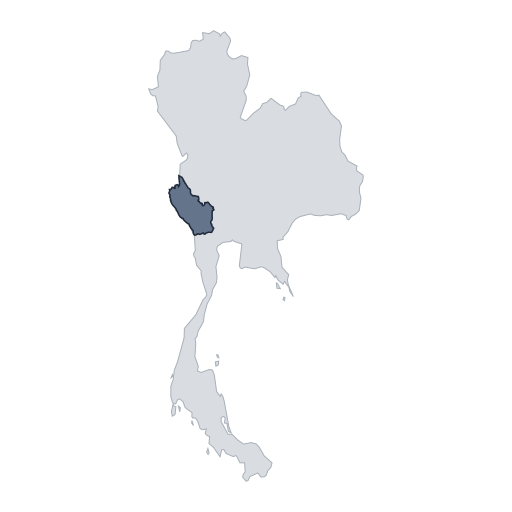 Kanchanaburi highlighted on a map of Thailand
{"feature_id": "THA-399", "entity_name": "Kanchanaburi", "entity_type": "Province", "adm_level": 1, "iso_a3": "THA", "parent_name": "Thailand", "parent_adm1": "", "projection": "natural_earth1", "projection_center": [99.171, 14.699], "detail": "fine", "context": "in_parent", "style": "filled", "palette": "slate", "viewbox_px": 512, "rotation_deg": 0, "n_neighbors": 0, "source": "natural_earth", "source_scale": "10m", "svg_char_len": 7855}
<svg xmlns="http://www.w3.org/2000/svg" viewBox="0 0 512 512"><path d="M219.7,34.0L220.2,36.2L222.2,33.3L224.8,31.9L230.0,38.2L230.6,41.0L226.8,51.1L227.4,54.5L229.8,57.3L232.7,59.0L235.8,58.5L241.5,55.6L247.9,57.5L247.5,64.2L249.8,74.9L246.8,85.9L243.7,91.3L246.1,96.0L246.2,100.4L240.2,117.4L241.4,118.8L245.3,120.6L246.9,120.0L253.3,113.3L260.3,108.1L262.6,103.7L267.0,102.3L271.0,98.3L280.3,105.2L282.7,105.8L283.9,107.0L284.4,109.8L285.5,110.3L289.3,106.4L295.6,103.9L298.1,98.0L301.0,96.3L300.7,93.4L301.7,92.3L306.8,92.0L314.7,95.1L317.5,95.7L318.8,95.0L331.3,113.9L339.4,121.2L341.5,126.1L339.7,138.8L339.9,146.0L341.7,151.6L345.2,155.4L347.7,160.9L357.1,166.1L356.3,167.5L356.9,171.0L362.8,174.9L363.3,176.2L362.6,181.4L360.0,185.3L359.4,188.4L359.5,192.4L361.0,198.3L359.2,210.6L355.8,214.0L351.3,216.5L348.8,219.8L347.0,219.0L346.1,215.6L341.1,213.7L331.6,215.5L326.8,214.7L320.4,215.8L314.1,215.3L310.5,213.9L300.0,216.6L295.7,219.0L292.5,222.6L287.9,231.6L283.1,237.1L283.1,239.4L277.2,240.8L277.5,248.4L281.0,256.7L282.0,267.3L288.7,274.7L287.4,279.9L288.3,284.9L293.4,296.6L289.7,291.1L288.9,287.3L284.5,281.5L283.1,284.3L278.0,280.0L275.8,275.7L275.0,277.6L269.9,271.5L264.7,268.2L261.8,266.7L254.5,268.8L245.3,267.1L241.7,268.7L240.2,267.8L239.3,265.9L241.9,244.0L233.9,241.3L232.5,239.9L230.8,241.5L222.9,242.4L217.3,246.4L216.6,249.8L219.2,255.8L215.9,266.6L217.0,276.9L216.5,282.5L212.6,289.6L211.6,295.3L207.1,304.0L204.2,315.0L203.5,321.5L198.2,331.2L196.9,336.7L195.0,338.8L195.8,343.2L194.9,356.6L198.3,366.4L197.4,370.9L201.0,372.5L209.7,369.4L212.6,370.2L214.4,375.5L216.6,391.5L220.3,396.4L221.2,393.9L222.9,396.5L224.2,401.2L228.8,426.4L231.2,432.9L228.4,431.3L226.9,423.4L224.4,423.0L225.2,418.0L223.6,416.3L221.1,417.7L221.1,421.6L228.0,434.1L232.3,434.5L237.7,440.0L243.6,444.1L251.1,442.6L256.2,443.9L259.3,447.3L264.1,455.8L272.0,462.9L270.9,467.3L267.7,470.9L266.1,475.5L263.9,476.9L261.0,477.0L257.8,473.0L249.9,476.6L248.2,480.3L246.2,481.3L242.7,477.2L243.0,474.9L245.2,471.6L244.6,462.9L239.9,462.8L236.7,456.2L235.7,455.6L233.4,456.6L226.0,453.5L223.8,449.5L221.6,449.8L220.1,456.8L213.5,447.4L209.0,443.6L209.6,436.6L206.5,435.1L205.2,433.2L206.4,429.0L202.1,429.7L200.1,428.5L197.6,421.0L195.5,418.0L192.8,418.0L191.8,416.5L192.1,412.8L185.2,407.6L183.0,401.6L179.7,398.9L177.6,399.7L175.6,404.0L174.0,403.7L172.5,402.5L170.8,396.5L170.9,386.0L173.1,379.9L174.3,370.1L177.5,361.9L184.1,337.9L184.4,328.4L195.7,314.9L203.2,299.5L205.7,297.2L206.8,294.3L202.8,281.9L201.0,273.2L201.3,271.0L196.5,265.1L195.3,258.4L194.0,256.3L193.5,254.1L195.3,250.1L194.3,235.4L189.0,225.2L179.6,215.8L171.1,201.9L170.0,197.0L169.7,190.0L176.5,185.4L179.2,185.0L180.2,164.2L186.0,160.3L187.3,158.5L187.9,155.0L186.5,153.0L182.7,156.5L182.0,155.7L177.2,143.4L176.2,136.0L157.3,110.9L158.2,106.7L155.4,95.9L152.6,95.7L150.7,93.8L148.7,88.9L152.4,89.6L158.4,86.8L157.4,76.3L159.9,70.2L160.3,60.2L164.8,54.3L165.4,51.3L167.9,50.9L171.2,53.1L174.6,53.2L188.6,50.6L190.5,47.9L191.3,42.4L192.7,40.6L195.9,40.2L199.5,41.3L203.3,39.1L202.6,32.6L209.4,33.7L213.7,30.7L219.7,34.0ZM175.9,406.8L175.0,414.6L172.3,416.2L171.4,411.7L173.0,404.3L173.7,406.0L175.9,406.8ZM218.7,361.1L218.3,364.9L215.9,366.2L215.3,361.9L218.7,361.1ZM277.3,283.3L280.3,288.7L276.9,288.2L276.3,283.0L277.3,283.3ZM208.1,454.4L206.6,452.1L207.9,448.5L209.1,452.9L208.1,454.4ZM180.4,407.7L179.7,411.9L178.4,406.1L180.4,407.7ZM218.8,357.8L217.6,357.3L216.5,354.8L218.0,354.9L218.8,357.8ZM191.9,420.5L193.5,425.5L191.7,423.1L191.9,420.5ZM284.9,297.5L284.5,300.7L283.0,299.4L283.9,297.1L284.9,297.5ZM172.7,376.5L171.1,377.7L172.4,374.7L172.7,376.5Z" fill="#d9dde1" stroke="#a8b0b8" stroke-width="1"/><path d="M178.6,186.3L179.3,185.4L179.6,184.0L179.5,182.5L178.9,177.9L179.0,176.2L178.9,175.7L179.7,176.1L180.0,176.2L180.6,176.7L180.8,176.8L181.0,176.9L181.4,177.2L181.6,177.2L181.8,177.2L182.0,177.4L183.8,180.5L183.8,180.8L183.7,180.9L183.6,181.0L184.6,181.9L184.6,182.0L184.8,182.4L184.9,182.9L184.9,183.1L185.0,183.2L185.1,183.3L185.4,183.5L185.5,183.6L185.7,183.8L186.4,185.2L187.5,186.7L187.7,187.2L187.9,187.7L188.0,187.9L188.1,188.0L188.7,188.3L189.1,188.5L190.2,189.5L190.4,190.4L190.4,190.9L190.4,191.2L190.4,191.4L190.5,191.5L190.6,191.8L190.6,192.0L190.5,192.5L190.5,193.1L190.6,193.4L190.7,193.8L190.8,193.9L192.2,195.2L192.3,195.3L192.5,195.6L192.6,195.8L192.8,195.9L193.3,195.8L194.0,195.6L194.3,195.6L194.9,195.9L195.0,195.9L195.3,195.9L195.5,195.9L195.8,196.0L196.2,196.1L196.6,196.3L196.8,196.3L197.2,196.5L198.0,196.3L198.3,196.6L198.4,196.8L198.5,197.0L198.7,197.8L198.7,198.0L198.8,198.9L198.8,199.2L198.8,199.4L198.7,199.5L198.5,199.8L198.4,199.9L198.3,200.1L198.1,200.3L198.1,200.5L198.2,200.9L198.2,201.1L198.3,201.2L198.4,201.3L198.5,201.4L198.8,201.3L199.0,201.2L199.1,201.3L200.2,202.9L200.5,203.2L200.7,203.4L200.9,203.3L201.3,203.1L201.5,203.1L201.8,203.2L202.0,203.3L202.2,203.5L202.3,203.7L202.3,204.1L202.3,204.4L202.1,204.6L202.2,204.9L202.7,205.7L202.8,205.7L203.3,205.5L203.7,205.5L203.8,205.4L204.0,205.2L204.2,204.9L204.4,204.7L204.5,204.6L204.6,204.4L204.7,204.2L204.7,203.8L204.7,203.7L204.8,203.3L204.8,203.2L204.8,202.8L204.8,202.6L205.0,202.5L205.3,202.7L205.5,202.7L205.9,202.7L206.1,202.8L206.3,202.8L206.5,202.8L206.6,202.7L206.8,202.5L207.0,202.4L207.3,202.2L207.9,202.3L208.0,202.3L208.3,202.5L209.9,204.6L210.7,205.3L210.8,205.4L211.1,206.0L212.1,206.6L212.5,206.6L212.9,206.8L213.3,207.3L213.3,207.5L213.2,207.8L212.9,208.0L212.8,208.3L212.8,208.5L213.0,208.6L213.4,209.0L213.7,209.2L213.9,209.4L213.9,209.5L213.9,209.8L213.7,210.0L212.9,210.6L212.4,210.7L212.3,210.8L212.2,210.9L212.1,216.5L212.2,217.6L212.2,218.8L212.1,219.2L212.0,219.8L211.9,220.1L211.8,220.3L210.7,221.5L210.7,221.9L210.9,223.6L211.0,223.8L211.3,223.8L211.7,224.2L211.9,224.9L211.8,225.3L211.8,225.7L211.8,225.8L211.9,226.0L212.1,226.5L212.3,226.7L212.5,226.8L212.8,226.9L212.9,227.1L213.1,227.6L213.2,227.8L213.6,228.1L213.7,228.4L213.4,228.6L213.3,228.8L212.8,230.3L212.6,230.8L212.4,230.9L212.2,231.0L211.8,232.1L211.6,232.3L211.0,232.4L210.6,232.4L210.1,232.3L209.3,232.3L208.7,232.2L208.3,232.2L206.8,232.9L206.3,233.0L206.0,233.1L205.9,233.1L205.6,233.3L205.5,233.6L205.0,234.1L204.9,234.2L204.7,234.2L204.1,234.0L204.0,233.9L203.8,233.8L203.6,233.6L203.5,233.4L203.4,233.1L203.2,232.9L202.4,233.4L200.0,234.3L199.7,234.4L199.3,234.3L199.2,234.2L198.9,234.0L198.6,233.8L198.4,233.8L198.1,234.0L197.8,234.1L197.6,233.9L197.4,233.8L197.2,233.9L197.1,234.0L196.9,234.3L196.5,234.6L196.1,234.9L195.9,235.0L195.7,235.0L195.3,235.0L194.6,235.2L194.4,234.9L193.6,234.0L193.4,233.5L193.1,232.0L193.1,231.5L193.1,231.1L193.2,230.9L193.1,230.7L193.0,230.4L192.8,230.3L192.5,230.2L192.3,230.1L192.2,230.0L192.1,229.5L192.0,229.3L191.2,228.6L190.9,228.3L190.7,227.6L190.4,227.0L189.5,225.9L189.4,225.3L189.3,224.6L189.1,224.1L188.6,223.8L188.0,223.6L187.4,223.3L184.3,220.6L183.8,219.9L183.1,218.5L182.9,218.5L182.6,218.6L182.2,218.6L182.0,218.4L181.7,217.9L181.5,217.7L181.3,217.6L180.9,217.5L180.7,217.4L180.4,217.2L180.2,216.9L179.0,215.2L177.2,211.0L176.8,210.8L176.5,210.6L176.3,210.2L176.2,209.5L176.0,208.8L175.6,208.2L172.5,204.8L171.1,202.2L170.9,201.6L171.0,201.2L170.9,200.8L170.6,200.6L170.5,200.4L170.5,199.8L170.5,198.7L170.3,198.0L169.8,196.9L169.7,196.6L169.7,196.2L169.8,195.9L170.0,195.7L170.1,195.4L169.9,194.7L169.1,193.7L168.9,193.0L169.1,192.4L169.6,191.4L169.7,190.8L169.6,190.4L169.4,189.9L169.4,189.5L170.2,189.6L170.4,189.6L170.8,189.3L171.2,188.9L172.1,187.4L172.4,187.3L173.0,187.4L173.5,187.7L174.4,188.3L174.8,188.4L175.0,188.4L175.0,188.2L175.0,187.7L174.8,187.4L174.6,187.3L174.6,187.2L174.7,186.9L174.8,186.8L175.0,186.6L175.1,186.4L175.2,186.2L175.1,185.7L175.1,185.4L175.3,185.3L176.2,185.1L176.6,184.9L177.1,184.6L177.6,184.8L178.2,185.2L178.6,185.7L178.6,186.3Z" fill="#64748b" stroke="#1e293b" stroke-width="1.5"/></svg>